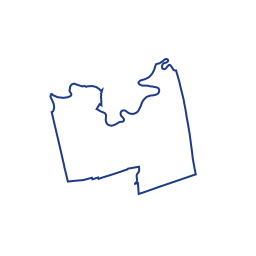 the district of Adancata, Ialomita, Romania, rotated 126°
{"feature_id": "2599482B2487196456759", "entity_name": "Adancata", "entity_type": "district", "adm_level": 2, "iso_a3": "ROU", "parent_name": "Romania", "parent_adm1": "Ialomita", "projection": "orthographic", "projection_center": [26.439, 44.763], "detail": "fine", "context": "isolated", "style": "outline", "palette": "blue", "viewbox_px": 256, "rotation_deg": 126, "n_neighbors": 0, "source": "geoboundaries", "source_scale": "gbopen_adm2", "svg_char_len": 4166}
<svg xmlns="http://www.w3.org/2000/svg" viewBox="0 0 256 256"><g transform="rotate(126 128 128)"><path d="M112.4,171.3L113.9,171.7L113.4,174.2L113.5,177.8L115.0,181.4L118.0,185.2L119.3,186.1L119.4,186.6L119.4,187.3L119.7,188.2L121.1,189.2L122.0,191.7L123.8,197.7L125.7,199.1L128.2,199.2L132.1,197.3L133.1,195.7L133.5,194.3L134.5,193.3L136.0,193.3L138.7,195.0L141.5,197.9L142.9,200.3L144.6,203.3L145.0,205.8L145.5,207.1L145.4,208.4L145.3,209.7L146.0,210.1L148.2,209.2L151.9,202.6L154.8,199.8L157.1,198.8L158.5,198.4L160.0,199.1L161.3,197.5L163.2,195.4L180.0,175.9L196.1,157.4L196.7,156.9L203.6,148.7L206.7,145.2L205.4,143.8L202.0,140.0L197.5,134.8L196.3,133.5L194.7,132.2L193.6,131.3L189.5,128.0L190.4,126.7L189.2,125.7L185.6,123.1L186.4,121.9L185.4,121.2L184.5,120.5L184.3,120.5L183.9,120.2L182.2,118.9L181.6,118.5L181.1,118.1L177.3,115.2L174.0,112.8L169.3,109.4L162.0,104.3L160.9,104.1L152.9,96.4L154.3,95.1L155.5,94.2L156.2,93.8L156.5,93.6L157.3,93.5L158.0,93.5L159.7,93.5L160.3,93.5L160.9,93.3L161.1,93.2L162.3,92.4L163.1,91.6L163.9,90.8L164.7,90.1L165.3,89.7L165.5,89.6L166.2,89.4L166.7,89.4L168.1,89.5L168.6,89.7L168.8,89.7L169.0,89.5L166.7,87.6L173.6,81.8L174.9,80.7L175.1,80.5L174.0,79.8L173.6,79.5L171.4,77.9L155.1,66.7L153.9,65.8L147.8,61.5L146.2,60.4L144.0,58.8L143.5,58.4L142.8,58.0L140.6,56.4L136.0,53.2L132.2,50.5L129.4,48.6L125.7,45.9L125.6,46.0L122.3,49.6L115.0,57.3L112.4,59.7L111.6,60.4L110.9,61.0L110.7,61.2L104.3,67.3L96.2,75.0L92.7,78.6L91.4,79.9L91.2,80.2L90.8,80.5L88.8,82.6L87.6,83.9L85.9,85.6L85.4,86.2L82.9,88.7L80.5,91.1L77.8,93.9L76.1,95.8L73.9,98.1L73.3,98.6L66.7,106.3L66.0,107.2L63.2,110.5L61.0,113.0L60.8,113.2L58.9,115.5L58.7,115.8L58.4,116.3L57.8,117.1L57.3,117.6L57.0,118.0L56.5,118.6L56.4,118.7L56.4,118.9L56.2,119.1L53.5,122.6L53.2,122.9L53.5,123.3L53.8,123.7L54.0,124.2L54.2,124.6L54.2,125.2L54.2,125.7L53.9,126.5L53.5,127.0L53.3,127.6L53.1,128.3L52.7,129.2L52.5,129.6L52.4,130.4L52.4,131.0L52.5,131.5L52.8,131.8L53.1,132.0L53.4,132.1L53.9,132.1L55.0,132.2L56.0,132.3L56.9,132.4L57.6,132.4L58.1,132.6L58.4,132.8L59.1,133.3L59.4,133.7L59.5,134.1L59.6,134.4L59.6,134.7L59.6,135.1L59.3,135.7L59.0,136.1L58.5,136.4L57.9,136.8L57.5,137.0L56.9,137.2L56.3,137.3L55.6,137.3L55.0,137.2L54.5,137.0L53.7,136.4L53.1,135.9L52.6,135.5L52.1,135.3L51.7,135.1L51.2,134.9L50.8,134.9L50.2,135.0L49.9,135.1L49.6,135.4L49.4,135.8L49.3,136.3L49.4,136.9L49.6,137.4L50.0,138.0L50.5,138.3L51.2,138.6L51.9,138.8L52.8,139.0L53.3,139.1L54.2,139.4L54.9,139.7L55.7,140.0L56.8,140.4L57.2,140.7L57.8,141.1L58.2,141.5L58.9,142.0L59.3,142.4L59.7,142.7L60.2,142.7L60.8,142.6L61.2,142.5L62.8,142.0L63.5,141.7L65.1,141.2L66.3,140.9L68.5,140.5L69.4,140.4L71.6,140.5L73.3,140.7L74.1,140.8L75.1,141.2L77.0,142.1L79.4,143.6L80.6,144.6L81.7,145.5L82.4,145.8L83.4,146.2L84.5,146.3L85.1,146.2L85.6,145.8L85.8,145.3L85.9,144.5L85.9,143.9L85.6,142.1L85.1,141.1L84.4,140.1L83.4,138.8L83.1,138.3L82.4,137.2L81.9,136.3L81.5,135.1L81.1,134.3L80.6,133.4L80.0,132.5L79.0,130.2L78.3,128.7L78.0,127.5L78.0,126.6L78.2,126.2L78.9,125.1L79.7,124.6L80.2,124.3L81.2,124.0L82.5,124.0L83.6,124.3L84.4,124.9L85.7,125.8L87.5,127.6L88.2,128.5L89.1,129.3L90.8,130.5L92.0,131.2L94.9,131.8L97.8,131.9L100.0,131.4L102.8,130.6L107.3,129.8L109.9,129.9L112.1,131.0L113.2,131.7L114.5,133.4L114.7,134.0L115.3,135.2L115.5,136.2L115.6,137.7L115.5,138.8L115.5,139.8L115.6,140.6L116.2,141.7L116.8,142.4L117.6,143.0L118.1,143.1L118.9,143.2L120.0,142.9L120.6,142.5L121.3,141.9L121.9,141.2L122.2,140.5L122.3,139.7L122.6,138.4L122.9,137.3L123.2,136.6L123.8,136.0L124.5,135.7L125.3,135.7L126.0,136.1L126.6,136.6L127.0,137.2L127.6,137.8L128.2,138.4L129.1,138.8L130.0,139.1L131.3,139.7L132.9,140.5L134.3,141.3L135.2,142.2L135.9,142.8L136.3,143.5L136.8,144.9L137.0,145.7L137.1,146.5L136.9,147.2L136.7,148.0L136.6,148.4L135.9,149.3L135.2,150.2L134.3,150.9L133.4,151.5L132.2,152.2L131.0,152.9L130.1,153.9L129.8,155.1L129.6,155.6L129.8,156.6L130.1,157.8L130.6,159.8L130.8,161.7L131.0,164.2L131.1,164.5L125.4,165.0L125.3,162.8L122.4,165.1L120.9,166.2L119.7,167.2L118.3,168.6L117.5,168.7L116.8,169.2L116.2,170.1L115.2,170.1L114.4,170.5L113.5,170.9L112.4,171.3Z" fill="none" stroke="#1e3a8a" stroke-width="2"/></g></svg>